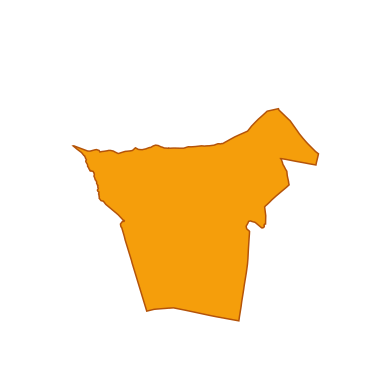 Deir-ez-Zor, Dayr Az Zawr, Syria (Equal Earth projection), rotated 311°
{"feature_id": "27442178B9541206135539", "entity_name": "Deir-ez-Zor", "entity_type": "district", "adm_level": 2, "iso_a3": "SYR", "parent_name": "Syria", "parent_adm1": "Dayr Az Zawr", "projection": "equal_earth", "projection_center": [40.368, 35.564], "detail": "fine", "context": "isolated", "style": "filled", "palette": "amber", "viewbox_px": 384, "rotation_deg": 311, "n_neighbors": 0, "source": "geoboundaries", "source_scale": "gbopen_adm2", "svg_char_len": 3793}
<svg xmlns="http://www.w3.org/2000/svg" viewBox="0 0 384 384"><g transform="rotate(311 192 192)"><path d="M125.5,311.9L126.7,311.1L129.2,309.5L137.9,304.1L141.8,301.5L152.4,294.9L155.6,292.8L166.8,285.9L174.1,281.1L178.3,278.0L185.3,272.5L194.6,265.4L197.7,263.1L200.0,261.3L200.1,260.7L200.1,260.0L200.1,257.4L201.7,255.3L204.9,254.7L207.0,254.0L208.6,255.2L208.6,255.3L208.7,255.5L208.8,255.8L208.8,256.0L209.0,256.3L209.0,256.5L209.2,256.8L209.3,257.0L209.4,257.3L209.5,257.5L209.6,257.8L209.7,258.0L209.8,258.1L209.9,258.3L210.0,258.4L210.0,258.5L210.2,258.9L210.3,259.0L210.4,259.3L210.4,259.5L210.5,259.7L210.5,259.8L210.5,260.0L210.6,265.2L210.6,267.6L210.7,267.8L210.7,268.0L210.8,268.0L210.9,268.3L211.0,268.4L211.0,268.5L211.2,268.8L211.3,268.8L211.5,269.0L211.8,269.1L212.0,269.2L212.1,269.3L212.3,269.3L212.5,269.3L212.8,269.3L213.0,269.3L213.1,269.2L213.3,269.2L213.5,269.1L213.6,268.9L213.8,268.8L213.8,268.7L214.0,268.5L214.0,268.4L214.2,268.2L214.3,268.2L214.5,268.1L214.8,268.0L214.9,267.9L215.0,267.9L215.3,267.9L215.4,268.0L215.5,268.0L215.8,268.2L215.9,268.3L216.0,268.4L216.1,268.5L222.5,263.2L228.4,256.6L229.9,256.6L231.8,256.9L232.9,257.0L235.0,257.2L238.4,257.4L244.2,258.1L251.3,259.2L257.5,260.2L261.1,260.6L262.3,259.0L263.3,257.9L265.3,255.2L266.9,253.1L268.5,251.4L269.9,249.9L270.1,249.2L270.4,248.2L270.6,247.5L271.2,246.1L271.9,244.3L272.3,243.0L272.7,242.1L273.4,241.2L274.0,240.1L274.5,239.2L275.1,238.3L275.4,237.0L275.6,237.2L278.3,241.6L283.2,250.1L288.2,258.5L289.8,261.3L293.7,267.8L296.0,266.5L300.3,264.3L303.8,262.4L303.6,258.7L304.4,247.5L304.7,244.9L305.3,240.7L306.2,235.5L306.3,234.9L307.2,231.4L309.5,221.9L310.1,219.5L310.2,217.0L310.8,205.4L310.9,203.8L311.6,202.6L310.3,201.6L302.3,195.7L295.2,194.9L290.7,194.3L286.4,194.0L280.8,193.7L279.2,193.8L274.4,194.0L269.4,191.7L266.7,190.4L261.6,188.1L255.4,185.8L254.2,185.4L250.7,184.1L248.8,183.5L248.0,182.6L246.8,181.8L246.3,180.9L245.4,179.9L243.5,178.8L241.9,178.0L238.2,174.7L236.8,173.2L235.6,172.0L235.0,171.5L233.1,168.9L228.5,164.7L225.5,161.7L224.6,160.6L223.8,159.6L222.3,158.6L220.7,157.7L219.5,156.9L217.7,154.8L216.5,153.4L214.2,150.6L213.2,149.4L210.6,146.7L209.8,145.4L209.5,145.5L208.2,143.7L207.0,142.2L206.4,140.3L205.7,138.9L205.4,137.8L204.9,136.0L203.5,133.8L201.3,132.5L198.6,131.6L197.6,130.7L195.3,129.4L194.3,128.9L192.3,127.4L191.3,126.7L190.1,125.2L188.9,123.5L188.4,120.9L188.2,120.3L185.7,120.0L184.3,119.8L182.7,118.6L180.2,116.3L178.9,115.0L177.5,114.1L175.4,112.8L173.5,111.7L172.6,111.0L171.7,107.7L171.3,105.8L169.9,103.2L168.8,101.9L167.4,100.9L164.9,98.8L163.5,97.5L161.8,96.2L162.4,94.6L161.3,92.0L159.9,90.9L155.9,88.2L154.5,86.4L149.3,72.5L148.8,72.1L148.9,77.0L149.3,82.7L148.8,85.6L148.6,86.5L148.8,87.3L148.3,88.0L148.1,88.9L147.5,89.6L147.1,91.1L146.4,91.4L145.8,91.4L145.2,92.0L144.1,95.2L142.7,96.6L142.7,97.6L141.8,99.2L141.8,99.8L141.1,101.0L141.3,101.7L141.8,101.7L142.0,102.9L142.4,103.2L142.7,104.0L142.2,104.8L142.1,105.8L141.7,105.9L140.9,107.1L139.7,107.5L138.8,109.4L137.7,111.0L137.8,111.6L137.4,112.5L137.1,113.4L135.8,114.5L135.3,116.6L134.8,116.6L134.6,117.2L133.9,117.7L133.6,118.1L133.5,118.8L133.0,119.0L132.1,119.2L131.4,119.3L130.9,120.2L130.8,121.2L130.9,121.8L130.0,122.5L129.2,122.8L128.8,123.9L128.0,124.3L127.6,125.2L126.4,126.0L125.8,129.0L126.9,131.2L126.1,135.1L126.4,151.2L125.6,158.8L125.9,159.1L125.9,159.8L125.2,160.0L124.1,158.8L120.9,159.0L120.2,159.8L119.2,161.1L118.9,162.5L118.4,163.3L116.8,165.8L115.9,167.2L114.1,170.0L111.9,173.1L100.7,191.1L99.1,193.4L75.1,231.7L72.4,236.0L78.5,240.3L79.7,241.4L85.3,246.9L86.9,248.5L89.1,250.6L89.9,251.5L92.4,254.0L98.4,264.5L104.0,274.6L106.2,278.6L107.3,280.6L109.4,284.4L110.9,287.1L113.7,292.0L125.5,311.9Z" fill="#f59e0b" stroke="#b45309" stroke-width="1.5"/></g></svg>